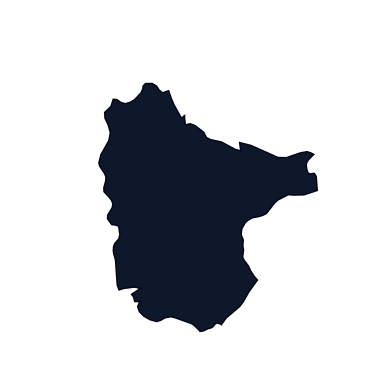 the border of Diekirch, rotated 321°
{"feature_id": "LUX-906", "entity_name": "Diekirch", "entity_type": "District", "adm_level": 1, "iso_a3": "LUX", "parent_name": "Luxembourg", "parent_adm1": "", "projection": "equal_earth", "projection_center": [5.98, 49.94], "detail": "fine", "context": "isolated", "style": "filled", "palette": "ink", "viewbox_px": 384, "rotation_deg": 321, "n_neighbors": 0, "source": "natural_earth", "source_scale": "10m", "svg_char_len": 1838}
<svg xmlns="http://www.w3.org/2000/svg" viewBox="0 0 384 384"><g transform="rotate(321 192 192)"><path d="M237.6,98.6L234.8,106.1L232.8,113.2L230.3,127.7L231.0,128.1L233.4,127.9L234.3,128.0L232.8,129.7L229.1,135.7L233.5,137.8L236.1,142.1L238.7,152.9L237.5,158.7L239.3,162.9L246.3,171.6L252.5,186.2L255.8,190.7L260.1,183.6L267.1,192.9L280.6,219.4L286.9,224.7L300.8,229.8L306.7,233.0L308.6,235.8L310.3,239.4L310.2,239.4L302.8,240.2L299.7,241.3L297.4,243.3L295.0,247.6L294.2,250.1L295.1,252.3L296.5,253.1L298.6,254.3L298.6,256.5L298.2,258.3L290.3,269.6L277.3,264.7L268.9,258.2L265.1,254.6L254.0,252.3L249.9,252.4L236.2,255.5L232.5,254.7L228.8,253.3L222.9,250.1L218.1,249.2L214.2,249.3L207.4,252.0L203.6,255.8L202.7,257.9L201.7,261.4L197.5,266.0L195.4,269.7L190.4,274.4L189.6,277.4L189.3,284.8L187.9,290.4L187.3,296.1L187.4,301.6L173.3,305.4L163.0,309.5L156.9,311.0L139.2,311.4L131.3,313.6L131.1,312.4L128.7,309.3L126.1,309.2L123.5,309.9L121.2,309.6L118.8,308.4L113.1,307.0L110.5,305.3L110.6,304.1L109.7,296.8L109.1,294.4L99.5,278.7L96.8,275.4L91.7,272.7L87.3,272.1L83.1,270.5L78.9,264.6L76.4,258.0L75.8,251.8L77.6,246.9L82.5,244.2L78.6,241.2L79.3,239.3L80.0,238.1L80.6,236.5L80.6,233.5L91.3,234.5L87.5,229.7L78.5,224.1L73.7,222.2L75.4,217.2L89.5,197.1L91.1,193.8L92.1,191.2L93.6,188.5L96.8,185.0L99.7,183.4L105.7,182.3L109.1,179.7L113.5,172.5L111.9,169.7L109.1,166.8L109.5,159.6L112.0,156.9L120.3,153.9L123.2,151.3L124.3,147.2L124.3,142.4L123.8,136.4L126.2,133.2L132.2,128.9L134.7,126.0L135.7,122.5L136.5,114.1L137.9,110.8L144.7,105.7L159.8,99.7L165.9,94.5L169.1,87.1L170.8,80.0L174.2,75.2L182.9,74.5L189.1,70.4L191.7,72.7L193.1,77.7L195.6,81.4L199.2,82.9L201.0,83.6L205.5,84.1L214.8,82.9L218.3,81.1L220.9,78.8L224.1,78.5L229.3,82.6L231.1,87.4L230.6,92.3L231.5,96.4L237.6,98.6Z" fill="#0f172a" stroke="#020617" stroke-width="1.5"/></g></svg>